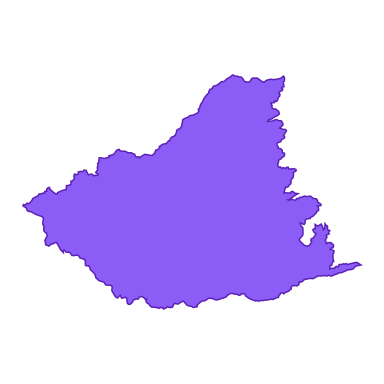 the district of Taguatinga, Tocantins, Brazil
{"feature_id": "56859067B84121819426000", "entity_name": "Taguatinga", "entity_type": "district", "adm_level": 2, "iso_a3": "BRA", "parent_name": "Brazil", "parent_adm1": "Tocantins", "projection": "mercator", "projection_center": [-46.525, -12.349], "detail": "fine", "context": "isolated", "style": "filled", "palette": "violet", "viewbox_px": 384, "rotation_deg": 0, "n_neighbors": 0, "source": "geoboundaries", "source_scale": "gbopen_adm2", "svg_char_len": 5979}
<svg xmlns="http://www.w3.org/2000/svg" viewBox="0 0 384 384"><path d="M132.5,302.2L133.3,300.0L136.5,298.9L138.1,299.2L139.0,297.7L140.4,296.7L142.1,296.5L144.5,298.2L145.2,299.3L146.7,299.2L145.9,300.6L146.2,301.9L147.2,303.1L148.8,303.9L149.8,305.6L151.6,307.1L156.0,307.4L159.1,308.3L161.0,307.4L162.8,307.7L163.6,309.1L167.9,306.8L169.2,307.5L172.4,307.3L174.3,303.4L178.0,304.1L182.6,301.2L184.1,301.8L186.6,304.8L188.0,305.7L191.5,306.4L193.4,307.4L195.7,307.1L197.3,306.7L196.9,305.3L200.3,302.2L202.6,300.9L205.0,300.8L208.6,298.3L212.1,298.4L215.8,299.9L217.3,299.9L225.7,297.2L229.1,294.0L232.2,293.3L233.9,294.0L237.3,294.3L238.8,295.4L240.3,295.1L241.5,293.6L244.9,294.0L245.4,295.8L249.3,298.6L255.6,301.0L257.3,300.5L258.5,301.2L261.4,300.4L262.9,300.7L264.6,300.0L266.7,300.2L270.9,299.2L273.0,299.5L277.0,297.5L278.5,297.4L278.8,295.6L280.1,294.5L280.4,293.1L282.2,292.6L283.7,293.9L285.2,292.6L288.8,291.1L289.8,289.9L291.2,289.1L291.0,287.7L292.1,286.0L294.5,285.5L296.5,285.9L298.0,285.4L299.0,284.2L299.1,282.0L301.8,281.9L304.3,279.6L309.8,278.4L313.1,278.7L317.9,276.0L321.9,276.0L323.4,275.5L326.8,276.0L328.6,275.3L331.6,276.1L336.0,274.1L337.4,274.0L338.3,272.9L342.0,272.5L348.1,269.8L352.0,269.4L353.5,268.6L355.6,266.1L361.0,265.0L357.3,262.6L355.7,262.4L347.4,264.5L346.3,263.6L345.0,264.2L343.7,263.7L342.0,264.4L339.2,264.5L338.4,266.6L336.5,266.4L335.1,267.1L334.6,268.4L331.4,268.2L329.8,268.9L329.8,265.9L331.9,265.0L332.1,262.8L333.8,261.2L333.1,259.2L332.9,254.2L333.8,252.7L334.1,250.8L330.1,249.3L331.4,247.9L332.9,247.9L333.6,246.3L333.2,244.4L331.7,243.7L331.0,242.6L327.8,242.6L326.4,243.6L325.5,240.4L325.9,238.6L327.0,237.2L326.1,235.3L329.1,233.9L328.6,232.3L329.8,230.5L328.1,230.0L327.3,228.9L327.6,227.5L327.4,225.9L326.0,225.4L325.0,223.8L324.8,227.8L323.4,229.8L322.6,226.7L321.2,224.0L317.9,226.1L315.1,224.4L315.3,228.6L313.9,228.8L312.8,229.9L314.1,232.4L315.9,233.6L315.1,235.4L313.1,238.0L311.1,239.0L310.8,240.6L311.8,242.1L309.2,245.5L306.7,246.1L304.6,245.5L299.4,240.5L299.6,238.8L302.7,235.4L303.0,233.7L302.9,227.9L300.7,225.2L300.2,223.0L304.1,224.5L305.0,223.2L305.2,220.2L306.3,219.0L310.3,218.4L311.0,216.9L312.6,216.5L316.5,212.7L316.9,211.2L318.6,210.4L318.6,208.3L317.6,205.8L319.5,205.9L321.1,205.3L320.5,203.8L317.9,202.4L317.5,200.5L316.5,198.9L313.2,198.4L310.5,196.1L307.0,196.6L304.6,196.0L301.2,197.4L299.8,197.3L298.2,198.6L296.6,198.5L295.8,200.1L294.2,200.1L290.5,199.0L293.6,196.3L298.0,193.6L295.1,193.3L292.6,191.4L291.2,191.7L290.2,193.1L285.5,192.8L283.9,193.1L285.5,187.2L287.0,187.3L288.5,186.5L289.3,184.7L290.7,184.0L291.1,182.1L290.7,180.5L293.0,177.7L293.6,174.5L293.2,172.6L296.0,171.0L296.1,169.6L294.3,168.8L288.7,169.0L288.3,167.3L286.4,167.3L285.7,168.5L283.2,167.6L281.7,168.4L280.3,166.9L278.7,167.1L277.7,165.2L277.7,163.8L278.5,162.5L278.6,160.1L281.0,158.9L282.4,157.0L283.7,156.7L284.5,155.3L284.5,153.2L282.4,152.6L282.2,150.2L280.9,148.9L278.1,148.1L278.2,146.6L277.0,145.8L277.2,142.8L280.7,141.7L281.9,139.3L284.2,138.3L284.7,136.8L283.7,135.3L286.5,130.7L285.5,129.5L283.2,129.4L279.7,128.1L282.9,125.1L282.9,123.6L281.4,120.9L278.5,120.6L276.8,119.7L275.3,119.7L272.7,121.0L267.7,121.3L268.7,119.7L271.9,118.9L274.8,116.7L277.8,115.4L279.4,113.8L278.6,111.3L275.4,108.9L273.4,109.1L271.6,107.1L272.2,105.7L270.7,103.0L274.4,102.6L274.6,101.2L276.6,101.4L277.8,99.7L278.2,97.7L279.7,96.1L279.9,93.9L278.8,93.1L279.2,91.8L282.4,90.5L282.7,89.0L281.4,88.1L282.6,87.0L284.0,86.7L283.2,82.0L284.4,80.9L284.5,77.6L283.5,76.1L280.8,78.2L278.9,78.8L273.2,79.7L271.4,79.2L269.7,79.4L266.1,80.4L264.8,81.8L262.8,82.1L257.2,78.0L252.9,78.0L251.6,78.8L249.7,81.8L248.1,82.2L244.7,81.6L241.8,77.4L240.3,76.9L238.9,77.0L237.7,76.2L234.6,76.1L233.3,74.9L231.8,75.5L230.5,76.8L226.0,79.4L225.1,80.9L223.4,81.6L221.6,81.6L216.7,85.4L213.4,86.2L211.7,89.1L210.0,89.2L208.7,91.7L209.0,93.0L207.7,93.8L205.7,96.1L203.9,98.7L202.4,102.0L200.6,104.4L199.6,108.0L198.2,109.4L198.9,111.1L197.8,112.8L193.4,115.1L189.9,115.6L187.8,117.3L184.6,118.5L182.8,119.7L181.6,126.2L179.6,129.0L178.0,129.2L176.6,130.5L176.5,132.4L175.2,135.2L173.4,136.6L172.0,136.9L170.3,138.7L170.0,140.3L168.5,140.9L166.3,143.6L162.8,144.2L159.3,146.5L159.7,147.7L157.6,149.7L155.8,150.1L154.7,153.1L152.1,155.5L144.9,154.3L141.2,156.4L139.7,157.8L138.4,156.6L136.8,157.2L135.3,156.3L134.7,154.2L132.8,153.7L131.4,152.7L128.1,152.8L125.3,151.3L120.1,151.0L119.3,149.4L117.7,149.7L116.2,150.7L114.6,153.5L113.2,154.5L109.0,155.8L109.8,156.9L104.6,158.4L99.2,157.7L98.7,162.3L97.5,163.8L98.1,165.5L97.3,167.0L97.6,169.9L95.7,172.4L98.2,174.4L97.3,175.5L95.6,175.2L93.5,175.8L92.6,174.4L90.9,174.1L89.0,174.8L87.9,174.1L86.1,170.4L84.1,170.0L82.8,171.6L81.1,171.4L78.3,171.9L78.2,174.0L76.3,174.8L74.6,174.0L73.8,176.4L74.6,178.0L72.6,181.0L70.7,181.3L71.2,182.8L70.8,184.5L68.7,185.4L66.5,185.6L66.2,189.5L62.3,190.5L57.6,192.6L57.1,194.2L55.4,193.7L53.5,192.4L49.7,188.9L49.5,187.4L47.8,187.9L46.6,189.4L46.6,191.3L44.7,191.5L44.3,193.3L42.8,193.1L41.2,193.9L39.0,194.0L38.2,195.6L32.8,198.5L31.7,200.8L29.0,203.6L26.7,203.2L25.7,205.0L23.5,204.5L23.0,206.0L26.1,207.7L27.2,210.5L28.8,211.5L31.0,211.7L35.8,214.4L42.1,216.6L43.1,217.6L43.4,219.0L42.7,223.2L42.9,224.6L44.0,226.1L43.7,229.4L44.1,231.3L46.6,233.5L47.2,235.0L46.9,236.5L44.8,240.4L45.6,243.1L45.6,244.7L49.0,246.1L51.3,244.1L53.2,243.8L54.5,242.8L56.0,242.5L57.3,243.6L60.6,249.8L63.3,252.5L63.1,250.7L64.1,249.9L65.9,252.1L69.9,252.4L71.9,255.5L74.1,255.6L76.1,255.1L78.0,255.4L79.1,256.2L79.7,257.8L84.2,259.3L85.3,260.7L85.4,265.3L86.6,265.9L88.3,265.8L89.6,267.0L90.4,269.7L94.2,273.3L95.3,275.3L95.8,277.6L97.1,278.9L99.0,280.7L103.8,282.1L105.8,285.0L111.1,285.4L112.3,286.9L111.8,289.9L112.2,291.4L115.5,296.9L117.6,298.0L119.1,296.2L120.4,295.4L121.6,298.2L125.4,297.4L126.9,298.3L127.0,301.7L127.4,303.3L128.4,304.3L130.1,304.3L132.5,302.2ZM290.5,199.0L289.7,200.3L288.0,199.8L290.5,199.0Z" fill="#8b5cf6" stroke="#5b21b6" stroke-width="1.5"/></svg>